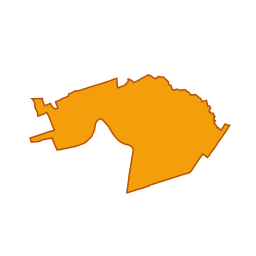 Macin, Tulcea, Romania (Mercator projection), rotated 336°
{"feature_id": "2599482B26463842882157", "entity_name": "Macin", "entity_type": "district", "adm_level": 2, "iso_a3": "ROU", "parent_name": "Romania", "parent_adm1": "Tulcea", "projection": "mercator", "projection_center": [28.155, 45.247], "detail": "fine", "context": "isolated", "style": "filled", "palette": "amber", "viewbox_px": 256, "rotation_deg": 336, "n_neighbors": 0, "source": "geoboundaries", "source_scale": "gbopen_adm2", "svg_char_len": 5545}
<svg xmlns="http://www.w3.org/2000/svg" viewBox="0 0 256 256"><g transform="rotate(336 128 128)"><path d="M100.5,186.7L102.7,187.1L105.1,187.3L109.3,187.9L111.4,188.0L115.5,188.7L124.0,189.5L125.3,189.1L156.4,192.6L161.5,193.1L162.3,193.2L163.2,193.5L163.7,193.6L164.2,193.6L164.6,193.7L166.4,193.8L167.8,193.2L168.5,192.9L170.9,191.3L175.7,188.2L179.6,185.8L184.6,182.8L185.8,182.2L187.4,185.1L188.6,187.3L189.0,187.1L189.7,186.7L190.5,186.4L191.8,185.6L193.4,184.4L194.4,183.9L195.1,183.5L195.6,183.2L196.6,182.7L197.5,182.3L199.6,181.0L200.0,180.7L200.6,180.4L202.2,179.3L203.0,178.7L206.9,176.3L211.1,173.9L213.7,172.3L216.1,170.8L218.2,169.4L221.6,167.3L221.8,167.0L222.0,166.8L220.2,165.8L218.2,163.8L214.3,166.6L213.3,167.2L212.2,167.7L211.3,166.5L211.3,166.2L211.3,165.8L211.2,165.5L211.0,165.0L210.8,164.7L210.5,164.4L210.3,164.2L210.2,164.2L210.1,164.3L209.9,164.3L209.8,164.2L209.7,164.1L209.7,163.7L209.7,163.3L209.8,162.9L209.8,162.7L209.6,162.0L209.2,160.1L209.1,159.7L208.9,159.0L208.9,158.6L209.1,157.8L210.7,157.1L210.5,156.4L209.5,156.4L209.6,155.8L209.8,155.2L210.3,154.5L210.5,154.2L210.7,153.9L210.9,153.4L211.0,152.9L212.0,153.0L211.9,152.2L211.7,151.4L211.7,150.8L211.7,150.6L211.7,150.2L211.9,149.4L211.0,149.3L211.1,148.9L210.3,148.7L209.8,148.5L209.7,148.4L209.7,148.1L209.7,147.6L209.6,147.3L209.6,146.8L209.6,146.7L209.1,146.6L209.2,145.6L209.6,144.5L209.9,144.5L210.0,144.5L210.1,144.2L210.5,144.3L210.6,144.2L210.8,144.0L210.9,143.9L211.1,143.7L211.4,143.6L211.5,143.4L211.5,143.1L211.7,141.4L211.3,141.2L210.5,140.9L210.0,140.7L209.8,140.6L209.8,140.4L209.8,140.1L210.1,139.0L210.3,138.0L210.4,137.1L210.9,134.7L210.3,134.6L206.4,134.2L206.5,133.8L206.5,133.2L206.7,132.7L206.6,132.4L206.5,132.2L206.4,131.9L206.3,131.4L206.1,131.0L206.1,130.9L206.1,130.7L206.0,129.9L205.8,129.7L205.4,129.3L205.3,129.2L205.0,128.2L204.9,128.0L204.7,127.8L204.5,127.5L204.4,127.3L204.3,126.9L203.9,126.1L203.6,125.9L203.3,125.7L203.2,125.6L203.2,125.0L203.1,124.8L202.9,124.8L202.7,124.8L202.5,124.7L202.3,124.5L202.2,124.4L201.7,124.6L201.3,124.6L201.0,124.5L200.9,124.4L200.9,124.2L200.8,123.9L200.6,123.8L200.1,123.7L199.9,123.6L199.7,123.7L199.4,123.6L199.1,123.5L198.8,123.2L198.7,123.2L198.5,122.8L198.5,122.6L198.4,122.0L198.3,121.4L198.3,121.0L198.1,120.5L198.1,120.3L198.0,119.9L197.8,119.6L197.6,119.5L197.2,119.0L196.9,118.7L196.7,118.2L196.4,117.7L196.2,116.9L196.1,116.6L195.9,116.4L195.4,116.1L194.8,115.8L193.7,115.4L192.4,115.0L191.8,115.0L191.1,115.0L191.0,114.9L190.4,114.3L190.0,113.8L189.8,113.4L189.5,113.1L189.4,113.0L188.9,112.8L188.1,112.4L187.7,112.3L187.5,112.2L186.8,112.5L186.7,112.5L186.1,112.0L185.8,111.8L185.5,111.7L185.2,111.7L184.7,111.7L184.4,111.6L184.5,111.3L184.5,111.0L184.4,110.8L184.3,110.4L184.1,109.3L184.0,109.1L184.1,108.9L184.3,108.5L184.4,108.2L184.5,108.0L184.7,107.3L184.7,107.1L184.6,106.9L183.9,106.0L183.4,105.5L183.2,105.2L183.1,104.9L183.1,104.5L183.2,104.0L183.3,103.4L183.6,102.4L183.6,102.2L183.5,101.8L183.5,101.7L183.3,101.2L183.1,101.2L182.9,101.1L183.0,100.1L182.8,99.8L182.6,99.3L182.3,98.9L182.1,98.7L181.9,98.0L181.5,96.9L181.3,96.4L180.6,95.5L180.5,95.4L180.2,95.3L179.7,95.2L179.2,95.1L178.1,94.4L177.5,94.0L177.3,93.7L177.1,93.4L176.8,93.2L176.7,93.2L176.4,93.3L175.9,93.6L175.4,93.8L174.6,93.8L174.3,93.9L174.0,94.1L173.9,94.3L173.4,94.0L172.7,93.6L172.3,93.4L172.2,93.2L172.1,92.9L171.7,92.4L171.1,91.6L171.0,91.4L170.9,90.9L170.7,90.5L170.4,90.1L169.8,89.5L169.4,89.0L169.1,88.7L168.8,88.4L168.7,88.1L168.6,87.9L168.4,87.8L167.7,87.7L167.3,87.7L167.2,87.8L166.3,87.9L160.8,88.2L159.8,88.3L158.6,88.5L156.7,88.7L155.7,88.8L155.0,88.8L151.7,88.6L151.4,88.0L150.9,86.5L150.7,86.0L150.4,85.6L149.9,85.3L149.5,84.8L149.2,84.5L148.3,83.3L148.1,83.2L147.9,83.2L147.8,83.3L147.7,83.7L147.7,84.4L147.5,84.7L147.2,85.2L146.3,86.0L145.5,86.4L144.4,86.7L143.8,87.0L143.1,87.3L142.3,87.5L141.4,87.6L140.7,87.6L138.1,87.4L134.9,87.2L135.6,84.6L137.6,79.0L138.0,78.1L137.5,78.0L136.9,78.0L136.5,77.9L136.0,77.9L135.1,77.7L133.8,77.6L133.5,77.7L133.3,77.7L132.6,77.6L131.0,77.5L130.6,77.4L128.9,77.3L128.3,77.3L126.4,77.1L125.7,77.0L125.2,76.9L124.2,76.9L123.5,76.8L122.0,76.7L120.9,76.5L115.0,75.7L96.6,73.7L96.2,73.1L94.9,72.7L93.3,72.6L91.3,73.0L90.1,73.1L89.7,72.9L88.8,72.8L88.0,72.9L87.8,72.8L87.5,73.1L87.2,73.6L86.8,73.9L86.1,74.7L78.6,74.4L78.5,74.8L72.4,74.6L72.1,81.3L69.3,81.1L67.5,78.4L67.4,77.4L67.1,75.4L67.2,74.0L60.8,73.7L61.1,68.0L61.9,66.2L59.2,65.2L52.2,62.2L52.3,62.4L52.4,62.8L52.8,64.8L52.9,65.9L52.9,66.3L52.9,66.7L52.8,67.3L52.4,68.6L52.2,69.2L51.6,70.8L51.6,71.1L51.3,72.6L51.3,73.5L51.4,74.5L51.6,75.8L51.7,76.4L51.7,76.8L51.3,77.8L50.7,79.6L50.4,80.3L50.5,80.6L50.8,80.6L54.1,80.8L56.0,80.8L60.3,81.0L60.3,86.2L60.2,89.4L60.0,93.5L59.9,97.0L59.7,100.2L59.1,100.1L57.9,99.9L54.2,99.2L45.9,98.5L41.2,98.1L38.1,97.7L36.5,97.7L34.9,97.3L34.7,97.5L34.3,97.8L34.0,101.6L38.6,103.2L41.7,104.2L42.1,104.2L42.3,104.2L43.3,103.9L43.5,103.8L45.3,104.1L45.6,104.1L48.2,104.7L50.8,105.4L51.1,105.6L52.0,105.8L53.0,106.0L53.7,106.0L53.9,106.0L54.6,105.9L54.3,110.4L54.3,111.3L54.3,119.3L56.9,120.1L68.1,122.5L72.9,123.5L81.4,124.1L84.2,123.7L88.0,122.2L91.3,121.0L96.5,116.3L98.8,112.7L100.9,110.0L103.2,108.7L105.1,108.2L107.0,108.8L108.0,110.1L108.8,112.3L110.8,118.6L111.3,122.8L111.3,123.0L111.9,127.5L112.0,128.2L113.6,133.9L114.3,135.3L115.6,137.9L118.3,141.1L122.3,144.4L123.8,146.8L124.3,148.6L123.4,151.0L116.5,161.6L113.5,166.0L109.5,172.2L106.8,176.7L105.7,178.5L102.6,183.6L100.5,186.7Z" fill="#f59e0b" stroke="#b45309" stroke-width="1.5"/></g></svg>